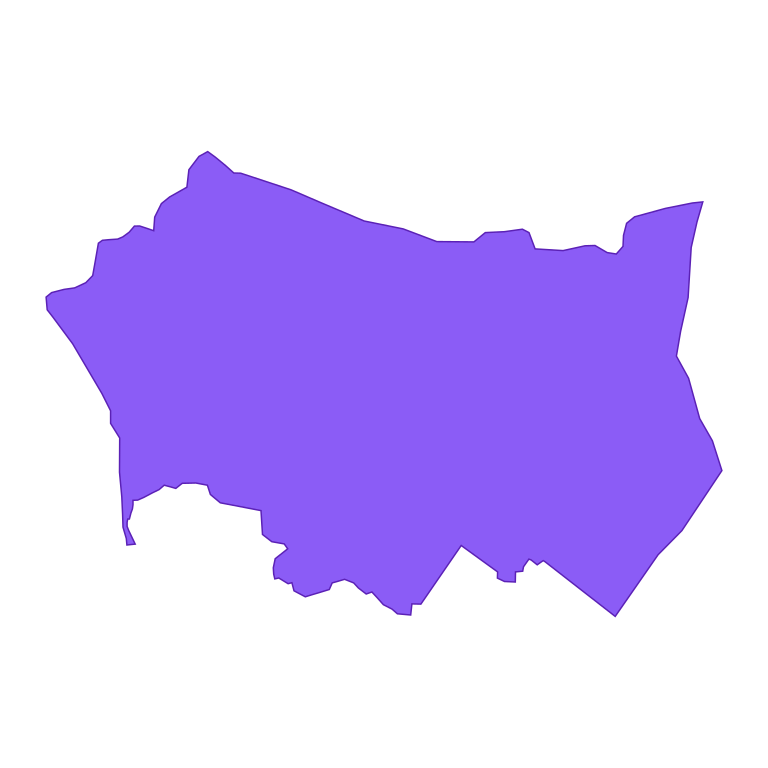 outline of Progreso, Canelones, Uruguay
{"feature_id": "84410073B80692498878624", "entity_name": "Progreso", "entity_type": "district", "adm_level": 2, "iso_a3": "URY", "parent_name": "Uruguay", "parent_adm1": "Canelones", "projection": "natural_earth1", "projection_center": [-56.258, -34.654], "detail": "fine", "context": "isolated", "style": "filled", "palette": "violet", "viewbox_px": 768, "rotation_deg": 0, "n_neighbors": 0, "source": "geoboundaries", "source_scale": "gbopen_adm2", "svg_char_len": 1837}
<svg xmlns="http://www.w3.org/2000/svg" viewBox="0 0 768 768"><path d="M126.9,545.0L135.2,544.1L128.7,530.5L127.1,526.4L127.1,522.4L127.7,519.1L129.4,519.0L130.9,513.1L132.4,509.0L133.0,504.7L133.0,500.3L137.7,500.1L143.8,497.4L152.7,492.7L159.1,489.6L164.2,485.2L170.6,486.9L175.8,488.4L182.2,483.3L195.8,483.0L207.4,485.2L210.4,494.5L220.3,502.8L261.0,510.6L262.5,534.5L271.8,541.7L284.2,543.9L287.7,548.8L275.2,558.7L273.3,567.8L273.7,574.2L274.8,578.9L278.8,578.0L288.1,583.7L291.9,582.7L294.0,590.8L305.3,596.8L313.4,594.3L318.2,592.9L329.3,589.5L332.2,582.9L337.2,581.5L344.6,579.3L353.7,582.9L358.4,588.0L366.2,594.0L371.9,592.0L377.1,597.6L383.4,604.7L392.0,609.1L397.4,613.8L410.7,615.0L411.9,603.9L420.9,604.1L461.2,545.5L497.6,571.9L497.4,578.1L504.5,581.5L515.3,582.0L515.5,571.9L522.7,571.2L523.5,566.8L528.9,559.1L531.2,560.0L537.2,564.8L543.2,560.6L545.0,561.7L615.2,616.4L658.1,554.7L681.9,530.6L721.9,470.6L712.4,440.8L699.7,418.6L688.6,378.3L676.4,356.1L680.6,331.4L688.1,297.6L691.2,247.5L697.0,221.9L702.8,201.9L692.3,203.0L665.4,208.4L634.6,216.8L626.6,223.3L623.5,235.4L623.0,246.4L616.3,254.0L607.2,252.6L595.0,245.5L585.0,245.8L563.1,250.6L535.1,248.9L529.0,232.6L522.4,229.2L504.4,231.7L485.3,232.6L473.9,241.9L436.8,241.6L403.2,228.9L364.2,221.0L321.2,202.8L291.0,189.8L240.7,173.2L233.8,173.0L225.8,165.8L215.1,157.0L207.7,151.6L199.0,156.4L188.9,169.7L186.9,187.2L169.7,196.9L161.4,203.6L154.7,217.1L153.7,230.7L147.3,228.5L139.7,226.0L134.4,226.1L129.2,232.2L122.8,236.9L117.6,239.1L108.7,239.7L102.4,240.3L98.4,243.2L95.2,261.6L92.7,275.6L85.8,282.7L74.6,287.9L64.0,289.4L51.6,292.6L46.1,297.1L47.2,309.8L52.8,317.0L72.6,343.7L101.9,393.5L110.6,410.8L110.6,423.4L119.7,438.0L119.5,472.2L121.8,496.9L122.6,514.6L123.0,527.2L126.3,538.5L126.9,545.0Z" fill="#8b5cf6" stroke="#5b21b6" stroke-width="1.5"/></svg>